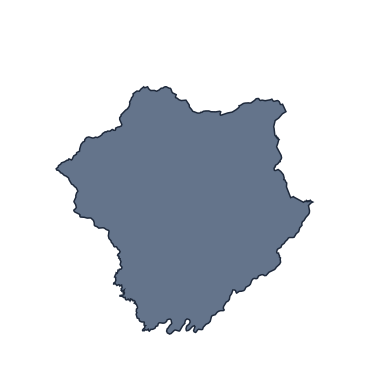 Cali, Valle del Cauca, Colombia (Albers equal-area conic projection), rotated 51°
{"feature_id": "7082276B61798378462298", "entity_name": "Cali", "entity_type": "district", "adm_level": 2, "iso_a3": "COL", "parent_name": "Colombia", "parent_adm1": "Valle del Cauca", "projection": "albers", "projection_center": [-76.552, 3.411], "detail": "fine", "context": "isolated", "style": "filled", "palette": "slate", "viewbox_px": 384, "rotation_deg": 51, "n_neighbors": 0, "source": "geoboundaries", "source_scale": "gbopen_adm2", "svg_char_len": 6043}
<svg xmlns="http://www.w3.org/2000/svg" viewBox="0 0 384 384"><g transform="rotate(51 192 192)"><path d="M304.2,268.3L303.6,264.4L304.3,261.7L304.0,259.3L301.0,255.2L300.8,254.1L302.0,251.1L301.3,248.3L301.4,246.5L302.2,244.5L303.9,242.3L304.1,241.7L303.7,241.1L302.5,241.0L301.6,240.4L300.8,239.4L299.1,234.7L299.5,232.5L299.0,230.6L296.8,228.1L295.9,225.1L293.8,221.9L294.8,220.7L296.0,220.2L298.1,221.0L298.7,220.9L298.9,217.9L300.3,215.9L301.2,213.8L301.1,212.5L299.9,210.0L300.6,206.4L300.4,204.7L298.3,201.2L297.9,199.0L298.3,198.0L299.7,196.8L300.1,196.0L300.1,195.1L299.1,193.2L299.9,190.3L300.9,188.9L302.7,188.2L303.5,187.0L302.8,182.6L304.2,176.6L304.0,175.2L303.5,174.0L303.2,169.4L302.3,167.3L299.8,165.8L298.9,164.7L297.6,165.0L296.6,164.1L295.0,163.8L293.9,163.2L293.5,163.9L292.6,164.3L291.7,163.8L290.5,162.1L290.3,160.7L291.0,157.8L289.7,155.6L289.9,152.7L289.2,150.6L289.0,147.8L288.4,146.1L288.6,145.1L290.9,142.2L291.4,141.1L290.0,137.3L289.9,134.0L287.6,130.8L287.1,127.5L285.5,126.5L284.6,125.0L284.6,122.8L283.4,119.6L282.8,115.8L282.1,114.0L280.6,112.5L275.8,110.0L275.4,106.5L275.8,104.5L274.3,105.2L272.8,105.3L273.1,107.0L272.7,107.2L272.6,106.5L271.7,107.7L272.4,107.9L272.2,108.3L270.6,108.5L271.1,109.5L270.2,110.1L270.2,111.8L259.9,116.1L259.5,116.0L258.5,118.9L247.5,115.4L244.6,112.7L243.4,112.8L241.1,112.2L240.1,112.9L239.2,111.6L235.9,110.1L231.8,110.1L228.7,110.9L228.0,113.4L227.1,114.3L226.6,114.2L225.1,113.2L224.8,111.4L224.4,111.4L223.8,110.3L224.1,107.7L223.6,105.6L223.9,104.3L223.0,103.9L222.4,101.7L221.7,100.8L219.6,99.7L210.4,97.9L209.9,97.6L208.4,95.0L206.1,91.9L206.1,91.3L204.6,91.5L204.6,91.3L204.0,91.2L203.6,91.2L203.4,91.6L202.8,91.5L203.3,91.9L199.9,91.8L193.9,88.0L192.8,87.6L188.8,82.4L189.1,78.1L188.1,72.5L188.7,68.4L180.8,66.4L180.6,67.1L179.6,68.2L176.8,67.4L175.2,67.7L174.6,68.2L173.1,71.3L171.9,71.7L170.1,71.5L169.6,73.2L167.1,77.7L164.8,79.6L163.9,81.3L163.1,81.6L161.3,81.4L160.3,82.7L159.9,83.6L160.2,85.7L159.9,90.0L159.4,91.0L158.3,92.0L156.3,94.8L155.5,96.4L155.1,100.2L154.5,101.1L155.6,101.7L155.8,102.7L155.8,105.9L155.2,110.5L153.0,114.6L150.5,121.3L149.9,121.5L148.9,120.9L147.8,119.2L146.7,119.6L144.6,123.2L141.6,126.7L139.6,127.9L137.6,130.4L136.4,132.4L136.3,134.3L135.6,134.8L135.6,136.2L134.3,137.9L129.6,140.7L127.7,140.4L124.3,140.5L122.5,139.4L116.8,138.9L114.2,142.8L112.2,144.0L109.8,144.5L108.4,145.3L107.8,145.1L106.4,143.0L102.7,144.7L101.5,144.6L98.8,143.6L97.8,143.6L96.7,144.6L94.1,145.7L93.4,146.5L93.0,147.5L92.9,149.3L91.9,150.7L92.0,153.4L91.4,156.1L89.4,157.3L87.1,160.3L84.5,160.7L82.3,160.3L81.3,163.0L80.8,163.4L79.9,163.3L79.9,167.1L80.5,169.5L78.8,171.4L78.6,176.1L79.7,176.5L80.5,178.0L80.8,179.8L81.7,181.0L82.8,183.9L84.0,184.5L85.9,186.8L86.8,189.9L86.6,192.1L87.4,198.6L88.2,199.1L88.7,201.4L90.2,202.6L95.3,204.0L96.2,205.2L95.7,207.3L94.9,208.6L94.3,211.1L95.5,212.2L95.7,212.9L94.6,214.2L93.7,214.2L93.2,214.7L93.1,217.5L91.5,219.3L91.4,220.8L90.6,221.6L90.3,224.9L90.8,225.8L90.8,228.0L90.2,231.2L88.6,232.5L88.2,234.3L87.5,235.3L84.3,237.5L83.3,239.7L83.7,242.1L85.0,243.7L84.5,245.4L85.2,248.3L87.9,252.2L89.5,253.7L88.9,256.5L89.0,257.2L90.0,258.1L89.5,261.2L91.2,264.6L91.3,265.5L88.8,266.8L89.3,268.4L88.6,269.1L88.3,272.0L87.2,275.1L87.7,276.6L87.5,279.2L88.4,280.3L88.5,283.0L89.9,283.3L91.1,282.2L93.4,281.8L94.1,282.1L95.8,281.2L98.8,280.8L100.0,280.0L102.8,279.2L103.8,279.2L105.0,279.8L110.0,280.6L112.1,279.8L113.7,279.9L115.7,279.3L119.0,280.0L119.7,280.4L120.1,282.2L121.5,284.4L123.0,285.6L124.9,289.4L125.3,289.9L128.7,290.4L131.2,291.6L131.7,293.2L131.6,294.8L131.9,295.4L132.9,295.7L133.9,295.6L138.5,293.5L139.4,293.5L139.9,294.2L140.9,294.5L141.4,294.3L143.9,291.6L146.3,289.9L148.3,287.2L148.9,286.9L152.1,286.5L154.3,287.3L156.3,288.8L157.2,288.8L159.3,287.6L161.4,287.2L163.8,283.6L165.0,282.8L167.1,282.3L169.4,281.0L170.3,281.2L173.4,284.6L175.9,285.8L178.7,285.6L180.2,286.3L182.8,286.2L185.2,286.9L185.8,286.8L186.7,285.4L187.3,285.2L190.1,285.6L191.0,285.1L193.1,285.4L193.9,287.0L193.7,288.1L194.3,289.7L194.7,289.8L196.0,289.3L196.8,289.7L197.2,290.5L198.2,290.3L198.6,289.9L199.1,290.5L201.4,291.0L203.1,293.5L204.5,293.8L205.9,293.6L206.9,294.3L207.3,295.8L206.3,297.1L207.0,298.3L206.2,298.7L208.0,300.9L207.3,301.5L207.9,301.6L208.0,302.2L207.7,302.7L209.3,305.7L210.4,305.1L211.4,306.0L212.6,306.6L213.7,308.5L213.5,310.0L214.1,310.8L214.5,310.7L214.4,309.3L217.4,309.2L217.8,307.3L218.1,307.0L219.2,307.2L219.0,306.8L219.4,306.6L219.1,306.4L219.7,306.5L220.0,305.3L222.4,306.5L222.7,308.1L223.5,308.2L223.8,308.9L224.2,308.6L225.0,309.0L225.5,307.5L225.5,306.5L227.0,309.1L227.8,309.0L227.6,307.9L228.0,308.0L228.9,309.8L227.1,313.1L227.6,313.5L229.2,311.9L231.2,311.4L231.8,310.3L233.4,311.2L234.5,311.1L235.1,309.7L236.0,309.0L235.6,308.8L236.6,308.5L237.7,308.7L237.3,307.7L237.5,307.1L236.7,306.9L237.8,306.2L239.6,306.3L239.7,305.4L241.2,305.1L241.7,305.4L242.0,306.8L242.5,306.5L242.4,305.8L243.3,305.8L243.5,306.3L244.6,306.0L247.2,306.8L248.0,307.6L248.0,308.8L249.9,310.6L251.0,310.7L251.9,312.4L255.5,313.9L257.0,312.9L258.6,313.7L259.7,313.8L261.3,312.9L262.9,311.1L263.8,311.4L264.1,312.1L265.6,313.1L266.6,312.2L266.8,313.2L267.9,314.6L267.7,315.6L268.2,317.4L268.8,317.6L269.8,316.4L269.5,315.1L270.5,314.5L271.1,313.5L271.0,312.4L272.7,312.9L273.3,312.7L272.8,310.6L274.0,308.9L274.6,306.6L273.7,304.7L274.4,302.9L273.2,301.3L273.0,300.1L273.3,299.3L275.7,297.1L276.6,295.6L276.6,293.4L275.7,291.6L276.4,289.7L277.3,288.8L278.4,288.8L281.3,290.4L281.6,291.0L281.7,293.2L282.7,296.2L282.7,297.3L284.1,299.3L286.0,299.8L288.3,298.8L288.8,297.3L288.4,292.6L288.9,291.7L292.0,289.5L292.1,288.7L290.1,283.5L289.6,280.2L289.2,280.1L287.5,277.8L287.5,275.7L289.5,274.4L290.6,274.6L291.9,275.3L292.8,277.2L292.9,280.6L294.5,282.7L295.9,283.5L296.5,283.5L297.2,282.1L297.4,280.6L296.8,276.3L297.3,274.4L298.5,274.4L300.8,278.1L302.0,278.3L303.3,277.7L303.4,276.7L302.7,274.7L302.8,273.3L304.9,271.3L305.4,270.3L304.2,268.3Z" fill="#64748b" stroke="#1e293b" stroke-width="1.5"/></g></svg>